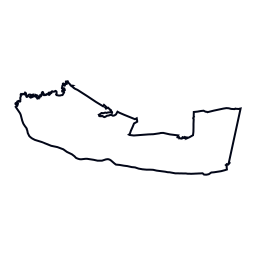 the district of Piedrujas pag., Kraslavas, Latvia
{"feature_id": "27541924B60007072574234", "entity_name": "Piedrujas pag.", "entity_type": "district", "adm_level": 2, "iso_a3": "LVA", "parent_name": "Latvia", "parent_adm1": "Kraslavas", "projection": "mercator", "projection_center": [27.471, 55.816], "detail": "fine", "context": "isolated", "style": "outline", "palette": "ink", "viewbox_px": 256, "rotation_deg": 0, "n_neighbors": 0, "source": "geoboundaries", "source_scale": "gbopen_adm2", "svg_char_len": 5420}
<svg xmlns="http://www.w3.org/2000/svg" viewBox="0 0 256 256"><path d="M15.7,106.9L20.0,113.2L20.7,114.8L22.2,120.6L23.3,123.6L24.7,125.8L26.7,128.5L26.8,129.5L27.2,130.2L27.8,133.1L29.3,136.1L30.7,137.4L32.2,138.5L34.9,139.9L41.7,142.0L51.2,145.8L57.4,147.1L63.3,149.3L66.9,151.9L71.9,154.3L74.5,156.3L75.9,157.8L76.9,158.3L78.2,158.8L79.7,159.2L81.0,159.3L85.6,158.8L87.1,158.8L93.6,159.8L97.7,160.7L101.9,160.7L105.9,159.4L107.3,159.2L108.2,159.2L109.6,159.6L110.9,160.4L114.6,163.6L116.0,164.6L119.4,164.9L124.0,165.7L127.3,166.1L131.8,167.1L135.0,167.4L138.6,168.6L142.5,169.3L146.9,169.7L150.6,169.7L153.1,169.8L156.6,170.6L165.2,171.7L167.6,172.2L169.7,172.3L175.1,173.3L186.1,173.5L187.5,173.7L191.5,173.8L202.6,173.3L203.7,174.3L204.1,174.6L206.4,174.7L208.8,174.2L211.3,172.5L213.9,172.3L221.0,171.2L224.8,170.2L226.9,169.5L226.7,167.7L226.7,166.4L226.4,165.6L225.9,165.1L226.2,164.9L226.5,165.2L226.7,164.9L226.6,164.3L226.8,164.1L227.2,164.2L227.3,164.6L227.5,164.7L228.2,164.6L228.7,164.1L229.1,163.3L229.5,163.1L229.6,162.9L229.6,162.7L229.3,162.5L229.1,162.4L228.9,162.4L240.6,108.5L238.4,109.0L236.7,108.8L235.9,108.9L235.3,108.6L234.5,109.1L231.1,108.9L228.9,108.3L226.4,108.1L223.3,108.6L213.9,110.6L207.4,112.2L206.9,111.8L206.0,111.8L204.9,111.4L203.6,110.7L200.9,111.0L197.6,111.6L193.8,112.0L193.7,116.1L194.0,116.8L193.5,117.3L193.2,118.2L193.3,118.6L193.7,119.0L193.5,123.7L193.5,127.6L193.4,131.9L193.0,135.2L189.5,137.2L187.4,138.1L187.6,137.8L187.3,137.8L187.1,137.5L186.7,137.6L186.4,137.4L186.1,137.4L185.5,137.2L185.4,137.3L185.5,137.9L185.4,138.1L184.8,138.1L184.5,137.8L184.1,138.1L183.9,138.0L183.9,137.5L183.6,137.7L183.3,137.4L183.1,137.3L182.9,137.6L182.5,137.3L182.3,137.5L182.4,138.0L182.3,138.3L182.0,138.5L181.5,138.6L179.8,138.3L179.6,138.0L179.3,137.9L179.4,137.6L179.2,137.8L179.1,137.4L178.6,137.6L177.5,137.3L177.6,137.0L177.7,136.8L177.6,136.6L177.6,136.4L177.8,136.4L177.8,136.1L178.2,135.4L169.9,134.4L163.2,132.9L160.7,133.0L159.6,133.3L153.4,134.2L148.4,134.4L133.8,135.5L129.7,135.0L128.9,134.6L129.8,133.9L130.9,130.7L132.8,126.5L134.0,123.5L137.2,121.7L137.1,120.2L136.9,119.5L136.7,118.3L135.0,119.2L124.4,114.9L119.3,112.7L117.5,111.7L116.0,114.4L114.5,115.4L113.2,115.7L112.5,115.6L111.7,115.0L111.1,115.0L110.6,114.8L108.8,115.5L106.8,115.8L105.4,116.8L105.0,116.8L104.3,117.1L103.3,116.7L102.7,116.1L102.1,115.8L101.7,115.9L101.0,116.3L100.1,115.8L99.8,115.8L99.6,116.1L99.3,116.0L99.1,115.8L99.1,115.5L99.2,115.2L99.2,114.9L99.0,114.7L100.1,114.1L101.5,113.0L103.4,113.2L105.2,112.6L106.5,112.9L107.9,112.5L110.8,112.2L111.9,112.4L112.0,112.7L112.1,112.4L112.0,112.2L111.9,111.8L111.2,111.1L111.1,110.7L110.6,110.3L110.7,110.1L110.2,109.9L110.2,109.6L109.4,109.0L109.3,108.8L109.1,108.7L108.1,107.7L106.0,108.6L105.9,108.4L106.2,108.3L105.4,107.6L106.4,107.1L104.0,104.9L103.2,106.2L103.1,106.3L95.9,101.9L87.2,96.1L77.5,89.9L75.1,88.8L73.7,87.9L73.7,87.7L71.7,86.2L72.6,85.7L71.3,85.5L71.2,85.8L70.7,85.5L69.7,84.0L68.6,83.0L67.7,81.3L67.0,81.6L66.2,81.4L65.9,81.5L65.9,82.2L66.7,83.5L66.7,83.9L66.3,84.0L65.8,83.7L65.5,83.7L65.0,84.4L64.9,84.7L65.0,85.1L64.7,85.6L63.9,85.2L63.8,84.8L63.8,83.9L63.7,83.6L63.3,83.5L62.9,83.7L62.8,84.1L62.9,85.3L62.5,85.9L62.2,86.1L62.2,86.4L62.3,87.0L62.3,87.6L61.9,87.9L61.9,88.1L61.9,88.3L62.0,88.5L62.6,88.9L63.3,88.3L63.8,88.3L64.2,88.4L64.4,88.7L64.8,89.9L64.8,90.2L64.4,90.4L63.8,90.2L62.9,90.3L62.1,90.9L62.2,91.5L62.4,91.6L63.4,91.6L64.1,92.2L64.1,92.4L62.6,94.9L62.2,95.1L61.6,95.1L60.1,95.5L58.6,95.5L56.6,95.1L56.1,94.5L56.2,94.2L56.5,93.8L56.6,93.6L56.6,93.1L56.5,92.8L56.6,92.0L56.4,91.5L55.8,91.0L55.5,90.9L55.2,91.0L54.5,91.5L53.9,91.7L52.5,91.6L52.3,91.3L52.0,91.3L51.8,91.5L51.8,91.9L51.6,92.1L51.6,92.5L51.4,93.0L51.2,93.1L50.7,92.3L50.4,92.3L50.2,93.0L50.5,93.2L50.0,94.1L49.3,94.9L49.0,94.9L48.7,94.6L48.8,94.3L49.4,93.6L49.4,93.2L49.2,92.9L48.8,92.7L48.6,92.8L48.5,93.2L47.8,94.0L47.6,94.1L46.9,94.1L46.8,94.6L46.5,94.8L46.0,94.9L45.8,94.7L45.2,94.6L44.9,95.1L43.8,95.1L43.7,95.0L43.5,94.5L43.9,94.3L43.9,94.1L43.3,93.7L43.2,93.4L43.2,92.7L42.9,92.1L42.6,92.0L42.2,92.3L42.2,92.5L41.9,92.8L41.7,93.3L41.8,93.4L42.1,93.3L41.9,93.9L41.9,94.2L42.0,94.3L42.3,94.1L42.3,94.4L42.1,94.6L40.9,95.0L41.5,95.4L41.2,95.9L40.7,96.0L40.8,95.7L40.6,95.5L40.1,96.2L38.9,96.3L39.0,96.5L39.4,96.5L39.8,96.8L39.3,97.0L39.4,97.7L38.8,98.0L38.7,98.3L38.1,98.0L37.8,98.2L37.8,97.8L37.3,97.6L36.9,97.9L36.2,97.1L36.6,96.2L37.1,95.5L36.9,95.3L36.7,95.4L36.2,95.4L35.9,95.0L35.5,94.8L35.4,94.9L35.4,95.2L35.3,95.4L35.0,95.6L35.2,96.1L35.2,96.4L34.5,96.2L33.9,96.4L33.6,96.0L33.5,95.6L33.1,95.0L33.2,94.6L32.1,94.8L31.6,95.4L31.4,95.3L31.4,96.1L32.5,96.9L31.7,97.3L30.7,97.6L30.4,97.5L29.8,96.9L30.1,96.6L30.9,96.3L30.7,95.1L30.3,94.7L30.0,94.5L29.1,94.6L28.2,95.2L27.7,96.4L27.3,96.8L26.7,96.9L26.3,96.5L26.1,95.0L25.3,94.7L26.0,93.6L25.9,93.2L25.1,92.6L24.6,93.4L24.9,94.1L24.9,94.4L24.5,94.4L23.6,94.0L23.0,93.9L22.7,94.4L22.4,94.5L22.0,94.2L21.1,93.9L20.8,94.2L20.6,94.9L20.9,95.7L20.8,96.6L20.4,97.2L20.3,97.9L20.3,98.5L20.4,99.1L20.4,99.8L20.2,100.3L20.3,101.3L20.0,101.6L19.4,101.6L18.9,101.1L18.5,100.9L18.3,101.0L17.9,101.4L17.4,101.4L17.1,101.8L17.1,102.5L17.4,102.9L17.8,103.1L18.0,103.6L18.0,103.9L17.6,104.4L17.4,104.4L17.4,103.9L17.1,103.4L15.9,103.0L15.6,103.2L15.4,103.8L15.5,104.1L16.0,104.6L16.8,104.5L17.0,104.7L17.1,105.2L17.4,105.6L17.2,105.9L15.7,106.9Z" fill="none" stroke="#020617" stroke-width="2"/></svg>